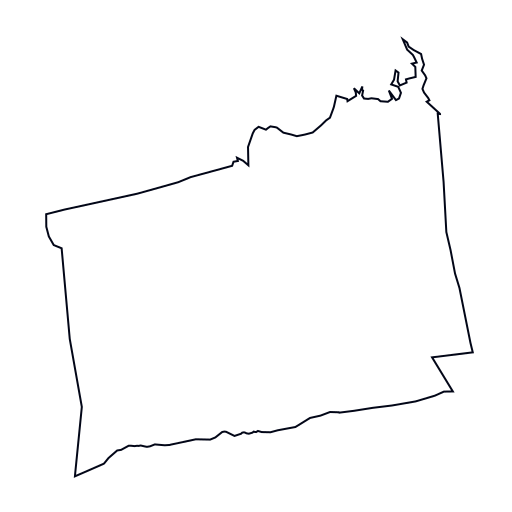 Tintane, Hodh el Gharbi, Mauritania (Albers equal-area conic projection), rotated 84°
{"feature_id": "47542326B49589683558539", "entity_name": "Tintane", "entity_type": "district", "adm_level": 2, "iso_a3": "MRT", "parent_name": "Mauritania", "parent_adm1": "Hodh el Gharbi", "projection": "albers", "projection_center": [-10.457, 15.991], "detail": "fine", "context": "isolated", "style": "outline", "palette": "ink", "viewbox_px": 512, "rotation_deg": 84, "n_neighbors": 0, "source": "geoboundaries", "source_scale": "gbopen_adm2", "svg_char_len": 2102}
<svg xmlns="http://www.w3.org/2000/svg" viewBox="0 0 512 512"><g transform="rotate(84 256 256)"><path d="M374.5,51.1L374.5,50.5L364.8,51.8L309.1,57.0L294.2,59.9L270.4,61.9L252.1,64.2L202.0,61.7L133.5,60.4L134.0,58.2L133.8,58.2L120.4,70.1L119.9,68.9L119.3,67.3L116.9,68.2L111.0,71.8L107.2,73.0L103.8,71.5L97.1,67.9L94.0,68.9L88.9,71.8L83.3,68.9L77.2,70.2L72.4,70.7L67.7,77.6L63.7,82.3L59.5,83.4L55.8,87.4L66.6,84.1L72.4,79.0L74.5,78.1L80.4,76.0L81.0,80.8L84.6,77.8L94.6,78.5L95.4,84.7L96.0,88.4L99.3,88.1L101.4,95.1L97.1,96.9L88.5,95.1L86.1,97.8L95.1,100.3L99.5,103.6L102.6,96.9L106.4,95.6L108.9,94.8L114.3,97.3L115.6,100.5L107.5,105.3L105.3,106.6L113.9,104.3L116.4,108.7L115.1,116.0L112.7,118.2L111.2,124.7L111.5,128.0L110.7,132.1L107.5,133.7L102.7,132.2L101.7,133.2L98.5,132.5L105.0,136.3L99.4,141.1L103.7,139.7L107.2,139.7L111.6,148.8L109.4,148.9L105.0,159.3L115.7,162.9L117.7,163.8L126.2,168.0L128.4,172.0L132.9,177.7L139.1,186.7L140.3,194.4L140.6,197.3L141.1,202.9L138.9,208.2L136.2,215.9L130.5,221.8L130.0,223.0L129.8,223.7L128.6,228.1L130.1,230.9L131.4,232.9L127.8,239.9L130.4,244.2L133.7,246.4L146.9,252.6L147.5,252.6L165.0,254.1L160.0,258.8L156.3,264.6L159.6,264.1L159.9,268.5L163.8,270.3L170.7,312.7L174.5,325.7L181.6,367.4L189.8,441.5L192.5,460.3L205.0,461.5L214.9,460.0L224.0,456.0L228.0,448.5L319.0,449.9L387.9,445.0L453.6,458.6L456.2,459.1L446.8,429.5L446.5,428.8L441.5,423.8L434.9,414.4L434.7,410.4L431.4,402.5L431.6,400.3L432.4,396.6L432.3,394.1L432.6,392.7L432.4,390.5L433.8,386.4L434.4,384.4L434.2,381.3L432.8,376.3L433.2,374.3L433.9,370.7L434.7,366.5L434.9,361.5L434.7,360.6L432.0,335.0L433.8,320.8L432.2,315.4L427.5,308.0L427.3,305.8L427.7,304.1L432.7,296.2L431.2,289.4L430.3,288.3L430.1,287.0L430.3,285.7L431.4,283.9L432.0,281.7L431.3,278.0L430.4,276.6L430.9,275.5L431.1,274.2L430.2,272.4L431.7,268.7L432.8,260.1L431.6,252.6L430.7,241.3L430.2,234.7L422.7,219.2L421.5,208.6L418.9,198.7L420.1,189.9L420.5,189.6L420.2,174.7L419.2,155.6L418.9,136.5L417.3,112.5L413.6,92.7L410.5,83.3L411.3,74.4L375.2,91.5L374.5,51.3L374.5,51.1Z" fill="none" stroke="#020617" stroke-width="2"/></g></svg>